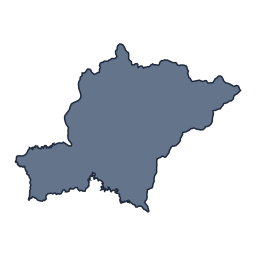 outline of Lloró, Chocó, Colombia
{"feature_id": "7082276B18686190591622", "entity_name": "Lloró", "entity_type": "district", "adm_level": 2, "iso_a3": "COL", "parent_name": "Colombia", "parent_adm1": "Chocó", "projection": "robinson", "projection_center": [-76.448, 5.585], "detail": "fine", "context": "isolated", "style": "filled", "palette": "slate", "viewbox_px": 256, "rotation_deg": 0, "n_neighbors": 0, "source": "geoboundaries", "source_scale": "gbopen_adm2", "svg_char_len": 5762}
<svg xmlns="http://www.w3.org/2000/svg" viewBox="0 0 256 256"><path d="M148.0,211.9L148.7,211.4L148.8,210.8L147.6,206.3L144.6,202.3L146.7,199.3L147.1,196.7L146.8,194.3L147.3,192.3L147.4,189.7L149.4,189.0L150.1,188.4L151.9,188.0L152.6,186.9L152.9,184.5L154.3,180.8L153.9,179.2L154.6,175.9L156.6,172.5L156.6,166.9L156.9,165.5L156.7,161.9L157.0,159.1L159.1,157.8L160.6,157.4L162.4,156.0L164.9,157.2L165.7,157.0L169.0,152.6L169.3,150.9L171.4,146.8L172.4,146.2L175.7,145.7L178.8,143.0L180.4,140.4L180.3,138.7L182.4,135.1L182.6,134.1L182.4,133.0L182.8,132.5L186.2,131.7L189.3,130.2L190.6,128.7L192.3,128.6L193.4,128.0L194.7,128.2L196.9,129.3L198.5,129.4L200.1,129.9L202.7,129.8L204.6,128.4L205.4,126.8L207.9,126.4L209.5,125.5L211.4,123.6L212.2,121.4L212.5,117.5L213.3,114.6L213.4,113.1L212.8,111.4L213.2,110.6L215.7,110.4L217.4,109.3L220.2,108.8L222.0,106.2L223.0,105.3L223.7,103.6L227.4,102.6L229.2,101.1L231.4,100.8L233.3,98.9L233.9,96.1L234.4,95.4L237.1,93.8L240.6,90.4L239.4,89.0L238.9,87.0L237.7,85.7L236.6,85.5L234.5,86.2L233.0,86.1L231.7,85.0L228.2,83.4L225.9,82.9L223.8,81.2L223.1,79.2L221.6,76.6L220.4,76.0L218.4,76.2L216.5,78.2L215.2,78.8L213.4,82.1L212.5,82.8L208.0,83.0L207.5,82.6L206.4,80.7L204.8,80.7L203.4,81.4L202.4,81.4L199.3,80.2L195.3,81.0L192.3,81.5L191.7,81.3L190.2,78.3L188.9,77.5L187.7,73.1L188.4,71.2L187.2,69.0L186.7,66.6L185.8,65.7L183.2,65.1L180.9,65.0L179.4,65.4L177.9,65.2L175.9,62.6L172.7,62.6L167.6,60.2L164.6,59.9L163.0,60.6L161.4,60.7L160.0,62.1L159.2,64.5L158.5,65.1L156.7,65.1L155.7,64.7L154.4,64.9L152.5,63.9L151.9,64.6L150.8,65.0L150.0,66.2L149.1,66.8L147.5,66.6L146.4,67.2L144.9,67.2L143.5,68.1L142.1,66.1L141.0,66.1L139.5,66.5L138.3,67.5L137.9,67.1L137.8,64.6L137.1,63.6L135.2,63.9L134.0,64.9L131.7,64.6L131.4,61.6L129.7,60.4L128.7,59.0L128.7,53.7L128.4,52.6L127.1,51.9L125.6,50.1L124.6,47.5L123.0,45.0L121.2,44.1L119.6,44.1L117.9,45.5L117.2,47.5L117.1,49.7L116.1,50.3L115.6,51.2L115.7,53.8L116.9,56.3L116.6,57.1L115.1,58.5L111.4,58.6L110.6,59.6L109.0,60.1L107.6,61.3L104.2,61.1L103.1,62.3L101.9,62.3L100.3,63.2L99.5,65.5L100.5,67.8L99.5,69.1L99.5,71.2L99.2,72.3L98.0,72.5L95.3,74.0L93.8,74.2L91.4,71.7L90.9,70.2L90.1,69.4L88.0,69.0L87.2,69.4L85.4,72.3L84.4,73.0L82.2,72.9L82.0,75.8L80.2,77.3L80.1,79.5L78.8,81.8L78.4,83.8L78.8,88.3L80.5,93.3L81.0,95.7L80.3,98.5L79.1,99.9L77.6,100.9L72.9,103.0L71.3,104.1L70.2,106.6L69.2,110.0L65.1,115.3L64.6,116.5L64.6,118.9L65.3,122.1L66.5,124.9L68.4,127.3L68.0,131.0L68.2,133.6L67.8,135.5L68.1,138.4L68.7,140.1L71.5,143.7L71.6,145.2L71.3,145.7L70.8,146.0L68.7,145.8L63.4,142.2L61.9,143.3L59.5,142.8L56.8,143.6L54.6,144.9L53.9,144.4L54.0,143.4L52.9,143.7L52.5,144.7L51.9,145.3L52.1,145.8L51.4,145.5L50.9,145.8L51.3,146.7L51.0,147.5L50.4,147.1L50.0,147.5L49.5,146.8L48.7,147.9L47.9,147.1L46.8,147.9L46.9,146.9L45.5,146.5L45.9,145.6L45.2,145.5L44.4,145.9L43.5,148.0L42.8,147.0L42.1,146.8L41.7,147.9L41.3,147.4L40.8,148.6L40.2,148.7L39.6,148.3L38.8,148.3L38.5,147.7L37.9,147.8L37.7,146.2L35.9,146.2L35.7,145.8L35.2,146.1L35.4,147.5L35.0,147.6L34.4,147.0L33.7,147.4L32.6,147.4L32.6,148.3L33.1,148.6L32.7,149.5L32.0,149.0L31.9,148.5L31.5,148.5L31.5,147.9L30.5,148.2L29.4,147.6L29.3,149.1L28.5,149.5L27.0,152.7L25.5,154.7L24.2,155.4L22.2,156.1L18.5,155.8L17.1,156.1L16.5,156.9L16.3,160.1L15.4,161.5L15.8,162.2L16.4,161.6L16.8,161.8L17.4,163.5L17.9,163.9L17.7,164.3L18.1,164.3L18.1,165.1L18.5,165.6L19.4,165.6L19.7,166.2L20.0,166.0L20.3,166.6L21.4,166.3L22.7,167.0L23.2,166.6L23.6,166.9L24.0,166.3L24.5,166.5L25.9,171.1L27.0,172.0L26.7,173.6L27.6,174.7L28.7,175.1L29.5,177.8L30.6,179.1L30.7,180.1L30.2,181.0L29.9,182.8L30.9,185.4L30.2,186.8L30.4,189.1L29.9,190.2L29.6,192.3L29.9,193.6L29.4,195.1L29.7,196.2L28.7,198.3L28.5,199.7L28.8,200.1L29.1,200.1L30.3,198.3L31.7,198.1L32.2,196.9L32.6,196.7L36.6,198.7L37.5,200.0L39.6,200.8L42.3,201.2L43.2,200.2L44.5,200.5L46.4,198.8L45.8,197.2L46.2,195.8L47.3,194.2L48.9,193.5L51.5,193.3L52.8,193.9L54.3,193.0L55.5,193.2L55.9,194.0L56.7,194.4L57.9,193.6L59.1,194.1L61.1,193.7L63.1,190.1L64.5,189.9L64.8,190.6L65.6,191.0L65.5,191.7L66.2,191.5L66.9,192.0L69.1,191.1L69.4,189.3L70.2,188.5L70.7,188.3L71.0,189.0L71.7,188.8L73.4,189.1L75.5,187.4L77.4,187.7L77.9,189.1L79.5,190.9L81.1,190.2L82.9,191.2L85.0,191.2L86.1,188.3L87.8,187.4L87.9,186.6L89.0,185.8L88.6,183.7L89.2,182.4L88.8,181.1L89.0,180.6L88.1,180.6L88.1,179.5L88.6,179.2L88.9,180.1L89.2,179.1L89.8,179.4L89.4,178.8L90.2,178.1L89.7,177.7L90.1,176.4L90.9,175.5L91.6,175.5L91.7,176.4L92.1,176.4L93.0,175.8L93.2,175.4L92.2,174.2L92.6,172.5L92.9,172.6L93.0,173.6L94.3,173.3L95.2,174.1L95.2,175.0L93.9,175.9L94.6,177.0L94.4,177.4L93.6,177.8L94.1,179.2L94.5,179.2L95.3,177.9L96.2,178.4L97.3,178.0L98.3,180.7L99.1,180.0L99.8,180.1L101.4,180.9L103.3,183.1L103.1,183.5L102.2,183.6L103.3,185.7L103.5,187.0L103.4,187.3L102.4,186.4L101.4,186.5L101.1,187.1L102.2,188.2L101.1,189.9L103.3,189.3L103.8,188.5L104.4,188.4L104.6,191.2L105.1,190.8L105.9,189.0L106.5,189.9L107.7,190.1L107.8,189.5L108.6,188.8L108.2,187.2L108.9,187.3L109.3,188.0L109.4,189.2L110.2,189.3L110.6,191.2L111.1,191.7L111.6,190.8L112.2,190.8L113.0,190.1L114.7,190.7L115.1,190.1L115.9,190.0L116.0,189.0L116.3,188.8L117.0,189.2L117.4,190.0L118.0,190.0L118.0,190.5L117.5,191.3L115.7,191.7L115.2,192.3L116.4,193.3L117.9,193.2L119.6,194.5L119.1,196.0L120.4,197.7L120.4,198.5L119.8,199.6L120.0,200.5L120.4,200.1L121.1,201.2L120.4,202.1L120.7,202.9L121.6,203.0L121.7,202.6L122.4,202.5L122.6,201.9L123.3,201.8L123.7,202.2L124.2,201.5L124.5,201.9L125.4,201.7L126.5,200.9L127.0,200.9L127.3,201.3L128.0,200.5L128.3,201.5L127.8,202.2L129.1,202.3L129.6,201.4L130.0,202.7L130.7,202.4L133.0,204.4L134.9,204.9L135.6,206.9L137.2,207.1L138.7,206.1L140.8,206.1L142.4,207.1L143.4,208.9L146.1,210.3L148.0,211.9Z" fill="#64748b" stroke="#1e293b" stroke-width="1.5"/></svg>